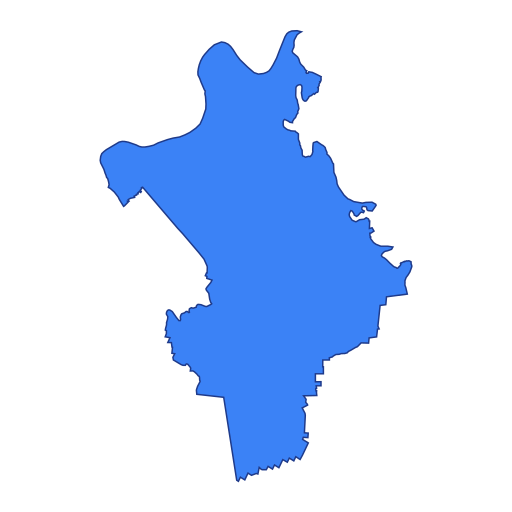 outline of Chacaltianguis, Veracruz, Mexico
{"feature_id": "50627088B48878953618841", "entity_name": "Chacaltianguis", "entity_type": "district", "adm_level": 2, "iso_a3": "MEX", "parent_name": "Mexico", "parent_adm1": "Veracruz", "projection": "natural_earth1", "projection_center": [-95.805, 18.211], "detail": "fine", "context": "isolated", "style": "filled", "palette": "blue", "viewbox_px": 512, "rotation_deg": 0, "n_neighbors": 0, "source": "geoboundaries", "source_scale": "gbopen_adm2", "svg_char_len": 6020}
<svg xmlns="http://www.w3.org/2000/svg" viewBox="0 0 512 512"><path d="M236.7,480.2L238.4,481.3L240.4,477.2L244.8,479.9L248.0,473.1L251.5,475.3L256.2,473.5L257.9,474.0L259.2,467.4L261.3,469.4L262.3,469.7L266.3,469.7L268.1,466.4L272.5,469.1L274.5,465.0L278.9,467.7L282.8,459.6L287.3,462.2L289.3,458.1L293.8,460.9L295.8,456.7L300.1,459.5L302.4,455.3L308.3,442.9L302.6,439.4L303.3,437.3L307.9,437.6L308.2,433.1L304.4,432.8L305.3,415.4L305.0,413.3L302.2,407.9L307.6,405.1L307.4,404.3L305.7,402.3L306.1,399.3L303.6,395.8L316.8,395.5L316.5,392.8L316.6,390.8L316.0,390.9L315.7,389.3L315.8,388.5L316.6,388.3L316.2,385.8L321.0,385.8L321.0,381.7L315.4,381.8L315.4,373.8L323.4,373.8L323.4,366.8L322.7,366.8L322.8,360.0L329.4,360.0L329.3,357.8L332.4,356.9L333.3,356.0L335.9,354.5L339.1,354.3L341.3,353.6L344.8,353.5L347.2,352.8L348.5,351.4L350.7,350.3L355.4,347.5L357.4,346.7L361.1,342.9L368.6,343.1L369.1,337.9L376.6,336.9L377.5,329.1L379.1,328.9L377.9,326.1L380.1,305.4L385.8,304.7L386.5,296.8L407.3,294.1L405.8,287.6L404.9,285.1L405.0,282.2L404.9,280.9L406.1,277.5L408.0,275.0L409.9,271.9L411.8,266.7L411.7,265.2L411.2,264.3L411.0,261.7L409.0,260.8L407.1,261.0L406.4,260.9L404.6,261.7L404.4,261.4L401.6,262.8L401.1,262.7L400.4,263.4L400.8,264.3L400.3,265.5L397.6,268.2L396.9,268.2L395.9,267.4L394.4,267.0L393.4,266.3L389.7,263.0L386.6,259.8L384.4,258.0L382.3,256.9L381.4,255.7L381.9,254.1L383.7,252.2L385.1,251.3L387.5,250.8L391.6,249.3L392.9,247.0L387.7,246.2L380.8,246.2L376.0,244.3L373.5,242.5L370.8,238.9L370.2,237.4L370.8,237.0L370.0,236.0L369.8,233.2L370.9,233.1L374.0,231.1L372.1,227.8L369.4,228.5L369.7,221.2L369.2,221.3L369.0,220.1L368.4,218.9L366.2,217.7L364.1,219.2L359.6,219.7L356.4,221.6L355.5,221.7L352.1,220.2L349.6,216.5L349.3,215.3L349.2,214.3L349.7,212.5L350.8,210.6L351.9,210.9L353.0,212.2L354.0,213.9L354.2,215.0L356.6,216.4L358.0,215.5L360.7,212.4L361.8,212.2L363.5,212.7L364.3,211.1L363.8,210.6L362.9,210.4L361.8,209.1L361.8,207.9L362.4,206.6L362.9,206.4L366.0,206.7L366.6,207.6L367.0,209.7L368.1,210.6L372.2,211.0L375.5,206.3L376.1,205.2L375.7,204.2L372.0,202.2L365.8,202.4L362.4,203.1L353.7,201.6L349.7,199.5L348.0,198.9L344.0,195.1L338.6,187.2L337.8,185.5L337.1,183.8L336.7,180.5L336.0,177.2L333.9,172.4L333.5,163.9L332.8,163.2L330.6,158.3L328.9,155.9L326.9,154.0L327.0,152.5L325.7,149.5L325.2,147.6L324.6,146.9L323.0,145.5L321.5,144.7L316.9,141.5L313.6,142.6L313.2,143.1L312.9,146.0L312.7,150.5L312.9,151.4L312.0,154.5L310.2,156.6L308.5,156.3L305.4,157.2L304.3,156.5L303.0,156.1L302.6,155.7L302.3,154.4L302.1,150.2L300.9,148.0L300.4,145.5L299.7,144.8L299.8,143.1L298.4,139.4L298.4,133.9L296.8,132.5L295.7,131.9L295.3,131.2L290.6,130.8L289.8,130.3L287.8,129.8L286.4,129.0L283.8,126.9L283.3,125.5L283.2,124.1L283.2,121.6L283.7,120.2L284.7,119.4L288.4,121.2L289.9,122.3L292.5,122.7L292.5,121.5L294.2,118.8L295.5,117.6L296.7,114.5L297.9,113.1L297.7,111.5L298.9,108.8L298.2,104.6L297.7,103.3L297.2,100.0L296.0,97.6L295.7,95.4L295.9,87.8L296.3,86.7L297.3,85.6L298.4,85.0L300.2,84.6L300.7,84.8L301.7,85.8L302.0,87.2L301.8,91.1L301.4,92.7L302.1,97.3L302.5,98.8L303.3,100.1L304.4,101.0L305.1,101.2L306.4,100.8L308.8,97.3L308.8,96.9L309.4,96.3L311.3,95.6L313.7,93.6L314.5,94.2L316.4,92.4L317.0,92.2L317.5,92.3L318.0,91.7L318.4,88.7L318.3,88.0L317.8,87.7L318.4,87.0L318.4,86.6L319.1,85.6L319.0,84.5L319.3,83.6L320.2,82.3L319.8,81.7L320.6,81.4L321.1,80.0L321.0,77.4L321.2,76.7L315.8,74.0L312.3,72.4L308.8,71.8L308.1,73.2L306.5,73.3L306.0,72.4L306.3,71.9L306.3,71.2L306.7,70.7L305.5,70.1L303.7,67.1L300.8,64.2L299.7,62.1L298.9,59.2L297.6,56.9L292.8,52.8L292.2,51.3L292.8,49.4L293.8,47.4L294.1,45.3L293.9,42.6L294.3,40.0L297.1,34.7L299.3,33.0L301.4,31.8L297.1,30.7L291.7,31.0L288.7,32.2L286.8,33.8L285.0,36.8L279.5,50.5L276.6,58.1L273.1,64.9L270.9,68.5L269.0,70.9L266.5,72.4L263.5,73.5L258.4,74.1L254.0,72.6L247.5,67.0L240.1,59.8L236.7,55.4L233.1,49.7L230.6,46.4L228.1,44.2L224.8,42.6L221.4,42.0L214.3,44.8L209.2,49.3L204.6,54.5L202.7,57.1L200.7,60.9L199.3,64.7L198.4,68.4L197.9,71.7L198.0,74.9L199.7,78.4L201.1,82.2L204.4,89.9L205.2,90.9L204.9,93.9L205.5,96.5L206.0,104.0L205.8,109.0L202.7,118.2L200.1,124.0L195.8,128.2L189.9,132.4L184.9,134.9L179.6,137.0L173.1,138.1L167.5,139.6L158.1,142.9L153.6,145.2L149.2,146.3L145.0,147.0L141.8,147.0L139.2,146.4L136.1,144.9L128.3,142.2L124.7,141.5L122.2,141.4L119.1,142.1L106.3,149.7L103.8,151.7L101.8,153.6L100.7,156.4L100.2,160.3L100.7,162.9L103.9,169.3L105.1,173.1L106.1,175.5L106.6,177.4L107.7,178.6L108.5,181.5L109.1,184.6L108.3,187.4L110.1,188.3L114.3,192.0L118.2,197.0L119.3,199.4L123.6,206.4L124.5,205.8L128.1,202.1L127.5,201.3L129.0,201.1L128.2,199.6L130.4,198.3L134.6,197.4L134.1,196.2L136.6,195.0L136.4,194.4L138.2,193.8L137.8,192.9L139.2,191.6L140.7,192.5L141.3,191.5L140.2,190.3L141.7,188.5L141.4,187.8L142.3,187.2L142.8,187.4L177.7,228.3L182.7,233.7L198.8,252.6L204.0,259.1L207.1,266.0L207.3,267.4L207.1,272.9L206.5,272.9L205.3,275.7L206.9,276.4L206.8,278.4L212.0,280.1L210.8,282.5L207.1,287.0L206.0,288.7L206.0,289.1L206.4,290.2L208.8,293.3L209.7,299.3L210.7,302.3L211.7,303.8L210.8,304.5L206.8,306.5L205.3,306.4L201.0,304.7L198.5,304.4L197.7,304.5L197.1,305.0L196.4,306.0L196.2,307.2L193.1,308.2L191.4,307.7L190.2,308.3L189.4,308.9L189.3,309.5L189.1,310.5L189.4,312.3L188.9,312.6L187.2,311.5L186.1,311.5L184.5,312.8L181.7,313.8L181.0,314.8L180.3,317.0L180.6,319.3L180.3,320.6L178.9,320.6L176.4,317.5L172.3,311.6L169.8,310.0L168.6,309.9L167.5,310.5L166.7,311.9L166.4,313.1L166.4,314.2L167.8,316.6L167.6,319.0L166.5,322.8L166.6,324.1L166.4,325.5L165.6,328.3L165.3,330.1L166.4,330.6L166.4,333.6L165.2,336.8L170.0,337.7L167.8,342.5L171.4,342.6L172.0,347.2L172.5,347.3L171.9,353.3L174.7,353.7L172.9,357.3L173.4,360.0L181.3,364.7L183.0,365.3L185.4,365.3L185.9,364.3L186.6,363.9L187.8,364.3L190.0,366.9L190.7,368.1L190.3,371.0L192.8,370.9L194.3,371.7L196.9,374.1L198.3,375.9L199.3,376.4L199.5,377.3L199.7,380.3L200.1,381.1L200.0,381.7L197.6,386.3L196.5,389.6L196.4,390.4L196.8,394.3L223.7,397.3L236.7,480.2Z" fill="#3b82f6" stroke="#1e3a8a" stroke-width="1.5"/></svg>